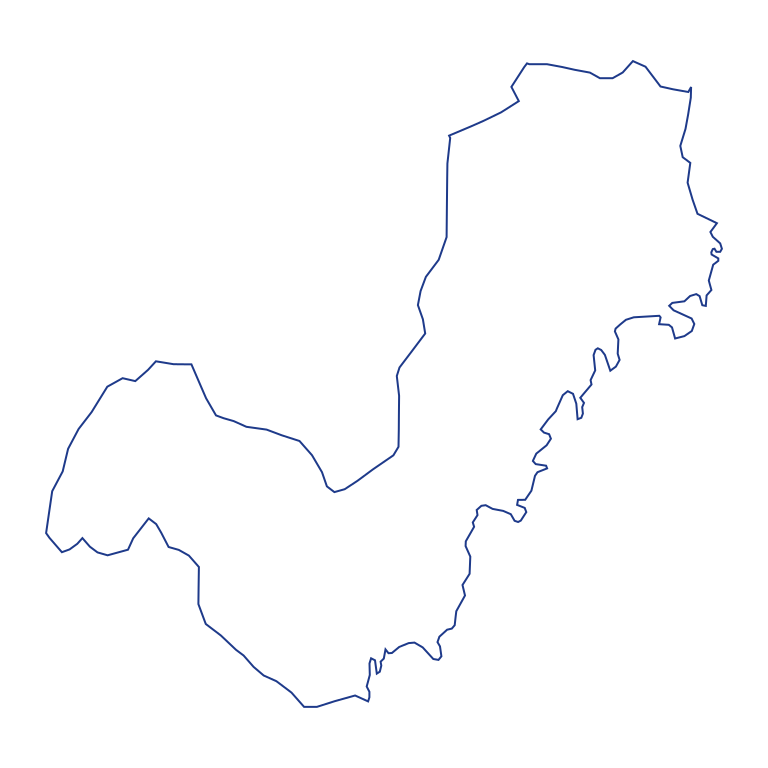 the district of Chongjin City, Hamgyŏng-bukto, North Korea
{"feature_id": "82179303B21659587132529", "entity_name": "Chongjin City", "entity_type": "district", "adm_level": 2, "iso_a3": "PRK", "parent_name": "North Korea", "parent_adm1": "Hamgyŏng-bukto", "projection": "orthographic", "projection_center": [129.876, 42.022], "detail": "fine", "context": "isolated", "style": "outline", "palette": "blue", "viewbox_px": 768, "rotation_deg": 0, "n_neighbors": 0, "source": "geoboundaries", "source_scale": "gbopen_adm2", "svg_char_len": 3154}
<svg xmlns="http://www.w3.org/2000/svg" viewBox="0 0 768 768"><path d="M527.0,63.4L524.2,67.1L511.4,86.9L518.8,101.1L501.0,112.4L483.2,121.0L470.5,126.6L449.1,135.6L450.2,138.0L447.4,163.5L447.2,177.6L446.9,206.0L446.6,237.1L438.7,259.8L425.9,276.8L420.6,291.0L417.9,305.1L422.9,319.3L425.2,333.5L412.4,350.5L399.5,367.5L396.8,376.0L399.1,395.8L398.9,415.6L398.8,429.8L398.5,446.8L393.4,455.3L372.9,469.4L357.5,480.8L344.7,489.2L334.4,492.1L326.9,486.4L322.0,472.2L312.0,455.2L299.5,441.0L281.8,435.3L266.6,429.6L246.4,426.8L233.7,421.1L223.6,418.2L216.0,415.4L206.1,398.3L201.2,387.0L191.4,364.3L188.8,364.3L183.8,364.3L173.6,364.2L155.9,361.3L148.1,369.8L135.3,381.1L122.6,378.2L107.3,386.7L91.6,412.1L78.6,429.0L68.1,448.8L62.7,471.4L52.2,491.2L49.3,511.0L46.1,533.1L49.5,537.9L61.9,552.2L69.6,549.4L77.3,543.8L82.4,538.1L89.9,546.7L97.5,552.4L107.6,555.3L117.8,552.5L128.0,549.7L133.2,538.3L148.7,518.4L156.2,524.1L161.2,532.7L168.6,547.0L178.8,549.9L188.9,555.6L198.9,567.0L198.6,587.0L198.4,604.1L205.1,622.2L205.8,624.0L220.9,635.5L236.0,649.8L243.6,655.5L253.6,666.9L263.7,675.5L276.4,681.2L291.5,692.6L304.1,706.9L316.8,706.9L334.7,701.2L355.1,695.5L368.1,701.4L369.4,697.3L369.4,691.8L366.7,686.5L369.8,675.0L369.5,663.4L371.1,658.3L375.0,660.3L376.8,673.6L379.8,671.7L381.3,665.6L380.6,661.7L383.8,658.6L385.5,649.4L388.5,653.2L391.9,653.0L399.3,646.9L408.7,643.1L414.5,642.6L422.7,647.4L433.3,659.0L438.5,659.9L441.4,656.3L440.0,646.4L437.5,642.1L439.4,636.7L447.1,629.7L451.8,628.6L454.7,625.2L455.6,617.0L456.3,611.2L465.0,595.5L462.5,585.0L469.6,573.8L470.3,556.6L465.6,546.1L465.8,541.3L474.1,526.8L472.8,522.4L477.5,515.1L476.7,510.0L481.4,505.8L485.7,505.2L489.6,507.3L492.6,508.9L503.2,510.9L510.8,514.2L514.6,520.8L518.1,522.0L520.8,520.6L526.3,512.1L524.7,507.9L517.1,504.9L518.0,499.9L525.2,499.8L531.4,490.7L535.0,475.8L537.5,472.2L547.1,468.4L546.1,465.7L535.7,464.1L532.9,461.0L533.2,460.2L536.3,453.6L546.6,445.3L550.9,438.7L549.1,434.2L544.0,432.6L540.7,429.4L548.2,419.4L555.8,411.2L556.9,408.5L562.8,395.2L567.7,391.2L573.0,393.8L576.3,403.7L577.6,419.2L581.3,417.8L582.9,413.6L582.2,407.1L584.0,402.9L580.3,397.8L583.3,394.2L591.5,384.5L590.6,380.1L595.2,370.4L593.6,355.1L595.5,349.8L597.8,348.3L601.2,350.0L604.9,354.9L610.3,370.7L615.9,366.6L619.6,359.9L617.7,353.7L618.4,339.4L614.9,331.4L615.6,328.6L620.3,324.4L625.9,319.8L633.8,317.3L659.3,315.8L660.6,317.4L659.1,324.2L668.8,324.8L672.0,327.4L674.8,337.4L675.1,338.5L684.4,336.1L691.8,331.0L694.3,324.0L691.6,318.5L673.6,310.3L669.2,305.8L672.3,302.9L684.4,301.3L690.1,296.0L696.2,294.1L699.6,296.1L702.3,305.2L705.8,305.9L706.6,295.4L711.4,290.0L709.6,283.5L708.8,280.5L713.2,264.7L718.3,260.8L718.3,258.4L711.6,254.5L711.3,252.3L712.8,249.1L714.5,248.7L716.4,251.8L720.2,251.8L721.9,248.8L720.2,243.4L712.8,236.8L710.4,232.0L716.9,223.2L697.5,213.8L692.6,199.7L687.6,182.7L690.3,162.9L682.7,157.2L680.3,145.9L685.5,128.9L688.1,114.7L690.8,97.7L691.1,87.0L688.3,92.0L673.1,89.3L660.5,86.5L645.5,66.7L632.9,61.1L622.7,72.5L612.6,78.2L599.9,78.2L589.9,72.6L574.7,69.8L562.1,67.0L547.0,64.2L529.3,64.2L527.0,63.4Z" fill="none" stroke="#1e3a8a" stroke-width="2"/></svg>